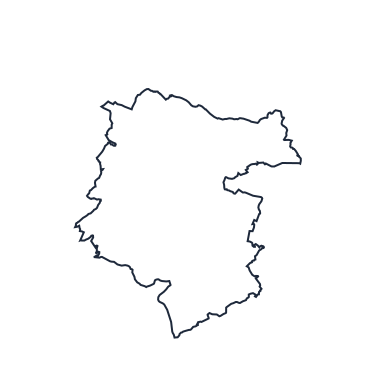 outline of Galgau, Salaj, Romania, rotated 54°
{"feature_id": "2599482B89090137886863", "entity_name": "Galgau", "entity_type": "district", "adm_level": 2, "iso_a3": "ROU", "parent_name": "Romania", "parent_adm1": "Salaj", "projection": "mercator", "projection_center": [23.697, 47.286], "detail": "fine", "context": "isolated", "style": "outline", "palette": "slate", "viewbox_px": 384, "rotation_deg": 54, "n_neighbors": 0, "source": "geoboundaries", "source_scale": "gbopen_adm2", "svg_char_len": 6059}
<svg xmlns="http://www.w3.org/2000/svg" viewBox="0 0 384 384"><g transform="rotate(54 192 192)"><path d="M302.6,273.5L301.8,270.3L302.8,268.0L302.9,266.6L302.1,266.1L301.9,265.5L302.2,265.2L302.3,265.6L302.8,265.8L303.0,265.4L301.5,264.6L300.9,263.6L301.9,261.3L302.7,260.7L304.1,252.9L303.8,252.6L300.5,251.6L300.3,251.3L300.2,249.0L302.8,247.5L305.7,243.9L308.6,242.9L309.0,241.7L309.2,238.3L309.8,235.8L309.5,235.2L305.6,232.3L305.5,231.6L305.5,226.0L306.2,224.0L306.7,221.3L307.4,220.3L309.4,219.1L310.0,218.4L310.3,215.2L311.2,211.9L310.3,210.2L310.5,208.3L310.3,207.7L308.3,206.3L308.7,204.4L309.7,202.1L312.5,200.9L312.9,201.1L313.4,202.4L314.5,201.9L313.7,199.4L313.6,198.8L314.1,198.0L312.3,196.6L312.2,194.8L311.7,194.8L311.2,192.7L308.3,192.9L307.6,191.7L306.4,191.1L299.5,191.2L299.2,188.2L298.7,188.1L297.4,189.7L297.5,190.5L297.3,190.8L294.4,191.9L289.4,191.5L286.3,190.5L284.3,191.3L283.6,186.8L284.1,184.9L283.6,184.8L283.3,184.3L283.3,183.2L283.9,182.2L283.6,181.4L283.9,180.4L281.0,178.8L281.0,176.8L278.8,172.1L279.0,169.4L278.5,168.0L279.3,167.2L279.2,166.5L278.7,166.2L277.9,166.2L276.2,167.5L276.0,169.0L276.4,170.1L274.1,170.2L271.6,171.0L271.4,173.2L271.7,173.4L273.0,173.1L273.3,173.3L272.7,174.2L271.0,174.6L268.8,173.3L267.9,173.4L266.0,174.4L264.5,175.9L257.4,168.4L259.3,166.0L257.1,162.7L255.1,160.9L254.5,160.7L253.9,161.1L253.5,161.9L251.2,158.1L253.5,156.9L249.3,150.6L249.5,149.7L249.2,149.3L247.1,148.2L245.5,148.2L243.5,147.4L242.1,145.9L241.3,144.5L240.3,141.3L238.6,139.0L237.7,138.8L236.6,139.2L230.9,144.8L224.3,148.8L223.4,149.5L222.2,151.2L217.5,152.8L218.7,158.0L218.4,158.5L217.5,159.1L215.9,159.0L213.8,160.6L212.7,161.0L211.2,162.4L210.2,162.3L209.8,163.2L209.1,163.9L207.6,163.4L205.1,161.8L202.6,160.8L201.5,158.8L200.1,156.9L199.8,156.1L200.0,155.7L202.4,154.5L204.9,151.9L205.7,149.6L205.4,148.5L205.7,145.8L203.9,143.4L206.9,142.6L207.7,139.5L208.2,138.7L208.3,136.9L208.6,136.9L208.7,135.4L205.8,135.5L206.0,133.1L204.3,132.7L204.2,132.1L204.5,131.0L204.3,130.3L204.5,127.9L205.3,126.1L205.9,125.4L206.5,123.9L207.4,123.3L207.9,123.5L208.1,123.1L207.9,122.4L206.5,121.5L207.8,120.8L210.1,117.0L212.5,116.7L212.6,116.0L212.4,115.5L218.0,112.7L219.7,110.5L221.6,101.9L231.8,88.2L232.7,87.8L230.7,85.6L228.8,84.3L227.3,84.4L226.9,84.7L225.8,84.3L225.1,85.2L224.4,85.4L224.2,85.2L224.3,84.4L223.9,84.2L219.7,83.9L217.2,84.1L216.6,84.9L215.9,84.6L215.1,84.8L214.0,85.9L212.8,85.8L211.2,84.1L210.2,83.6L209.1,81.1L206.6,83.2L204.2,86.8L203.7,86.9L201.9,82.4L199.7,81.1L197.9,78.6L195.5,78.1L192.4,79.0L192.2,79.3L190.2,79.6L189.3,79.3L187.3,77.1L186.2,74.0L185.7,74.0L184.7,75.1L183.6,75.0L179.7,73.1L178.6,73.1L175.0,76.3L175.0,78.1L175.7,80.6L175.6,81.2L175.1,82.0L173.8,81.9L173.4,82.7L173.3,83.7L174.2,85.7L176.0,87.1L176.1,87.8L174.7,89.4L173.6,93.2L173.7,94.9L174.4,96.5L174.7,98.3L169.9,102.8L168.2,103.5L163.0,107.2L160.7,109.5L160.3,110.1L160.0,112.3L159.2,113.0L157.9,115.2L156.4,116.2L154.3,118.5L153.1,121.4L152.4,122.2L151.4,124.6L147.9,127.1L147.7,128.1L144.3,129.9L139.2,131.4L133.2,132.3L133.0,132.7L128.8,133.6L127.0,134.5L125.6,135.7L125.8,137.5L125.1,139.1L123.2,140.9L121.4,141.6L117.5,141.9L114.4,142.8L110.1,145.1L108.1,146.5L106.1,148.7L103.9,150.4L101.9,151.2L101.5,151.7L101.1,152.9L102.2,152.9L101.8,154.2L102.4,156.3L101.8,157.6L101.9,158.9L94.2,159.9L94.1,160.2L92.7,160.3L92.1,160.8L90.6,160.7L89.5,162.1L89.6,162.5L89.1,162.9L89.1,163.2L88.3,163.6L88.2,164.3L86.5,165.0L86.0,165.7L83.1,166.7L82.2,168.1L81.9,170.7L82.1,174.8L82.7,176.9L81.7,178.8L83.1,182.3L85.4,184.5L88.2,190.2L89.7,192.2L83.4,196.3L80.4,197.8L77.1,200.7L74.2,201.3L74.3,202.2L74.1,202.3L74.7,204.1L71.4,205.9L69.5,206.6L70.1,212.7L69.8,213.5L69.7,215.1L72.1,214.2L78.2,210.8L80.4,211.5L85.0,215.6L89.6,216.1L90.2,217.3L93.0,219.4L92.3,221.5L92.6,222.5L93.3,224.7L94.2,226.1L95.5,226.6L95.4,227.2L95.6,227.3L95.3,228.4L101.1,228.9L105.1,227.1L107.8,225.5L108.7,225.8L108.7,226.6L109.4,226.8L109.4,227.1L108.4,228.2L106.4,228.8L106.0,229.6L103.9,229.6L102.8,230.5L102.9,231.1L103.3,231.3L103.5,231.7L103.7,235.3L105.2,237.7L106.6,240.9L108.3,247.6L108.3,248.9L109.6,249.4L110.6,249.1L111.7,249.4L112.0,249.1L113.5,249.4L114.1,248.9L115.3,249.9L117.0,250.5L120.1,252.5L121.2,250.5L121.5,251.2L121.4,252.3L121.8,253.4L123.1,254.1L124.2,255.4L124.6,256.6L126.0,258.8L125.8,260.2L126.1,263.6L127.5,265.1L130.9,266.8L130.6,267.5L130.6,269.9L131.1,272.7L130.8,273.8L132.6,276.0L132.8,277.5L133.4,279.2L134.8,279.2L137.8,278.1L138.5,277.4L138.5,276.6L139.2,275.9L139.3,275.0L142.3,273.3L142.8,272.0L144.5,270.3L145.5,270.9L145.3,271.5L146.6,273.1L147.3,275.5L149.0,278.2L149.2,279.9L148.8,281.7L149.2,282.8L149.7,286.6L148.9,288.7L149.2,289.9L149.2,292.2L148.9,295.3L149.5,300.9L149.3,302.0L149.5,302.9L149.2,303.7L149.7,304.8L150.7,305.4L151.7,307.2L152.6,305.4L153.0,303.1L155.3,304.2L156.3,304.3L157.7,305.7L159.1,304.3L161.0,303.2L165.5,310.9L165.7,310.2L166.4,309.8L168.0,307.6L168.2,305.7L168.8,303.3L168.7,300.1L168.2,299.2L168.7,297.9L169.1,297.7L170.7,298.7L172.4,302.4L179.9,302.7L179.1,301.4L179.4,300.5L180.1,300.2L181.7,302.2L184.0,303.8L184.7,305.3L185.1,305.4L185.5,304.6L185.4,303.9L184.9,303.2L186.1,302.3L186.5,302.6L187.3,303.3L188.4,305.7L188.2,306.1L187.4,306.1L187.2,308.8L186.9,309.7L190.7,305.5L191.1,303.7L191.6,303.0L199.9,299.0L201.0,298.1L202.7,296.1L206.8,294.9L210.2,292.2L211.9,289.0L213.8,287.3L215.2,286.6L216.2,286.4L218.2,286.9L219.3,285.9L220.0,285.8L222.0,287.6L226.7,288.4L229.1,289.5L232.9,289.4L235.4,288.3L236.9,288.2L240.4,285.6L242.0,284.9L242.0,284.2L243.1,280.9L243.8,277.0L243.7,276.5L241.7,273.9L241.8,272.6L242.3,271.3L243.0,270.4L245.0,269.7L246.5,268.5L249.3,265.3L250.7,262.7L254.6,264.0L254.7,264.7L254.6,266.9L255.6,270.1L256.2,273.5L256.3,278.7L257.3,281.1L259.2,282.7L260.8,283.0L262.0,282.7L264.9,281.1L266.7,280.6L272.7,281.3L284.9,285.3L293.1,289.9L294.5,290.4L296.7,290.6L299.5,291.7L301.1,289.0L300.5,286.5L299.6,285.5L299.3,283.5L299.8,282.5L299.7,281.3L300.6,278.7L301.7,275.7L302.5,274.4L302.6,273.5Z" fill="none" stroke="#1e293b" stroke-width="2"/></g></svg>